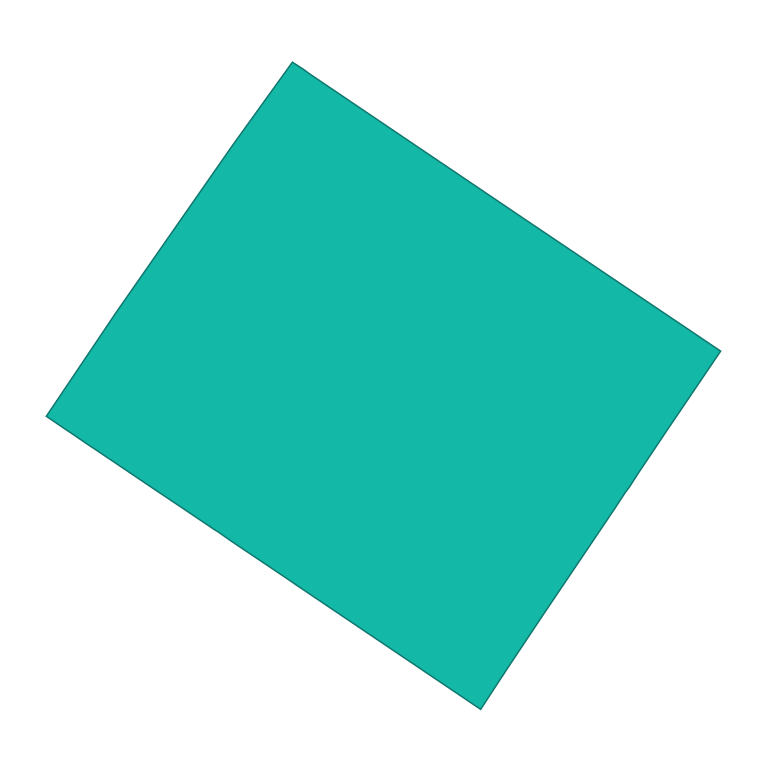 outline of Harding, South Dakota, United States of America, rotated 214°
{"feature_id": "52423323B85259623933705", "entity_name": "Harding", "entity_type": "district", "adm_level": 2, "iso_a3": "USA", "parent_name": "United States of America", "parent_adm1": "South Dakota", "projection": "robinson", "projection_center": [-103.51, 45.579], "detail": "fine", "context": "isolated", "style": "filled", "palette": "teal", "viewbox_px": 768, "rotation_deg": 214, "n_neighbors": 0, "source": "geoboundaries", "source_scale": "gbopen_adm2", "svg_char_len": 735}
<svg xmlns="http://www.w3.org/2000/svg" viewBox="0 0 768 768"><g transform="rotate(214 384 384)"><path d="M620.4,168.3L606.0,168.3L595.7,168.2L581.1,168.3L571.9,168.3L551.5,168.3L541.8,168.3L518.4,168.3L514.7,168.3L483.5,168.4L443.1,168.4L440.1,168.6L423.1,168.3L419.9,168.3L413.0,168.3L411.9,168.3L353.1,168.4L344.3,168.3L304.6,168.3L300.9,168.3L121.9,168.3L122.5,205.6L122.5,211.4L122.6,213.6L123.0,283.3L123.0,396.4L123.1,400.6L123.0,407.4L123.3,428.5L123.2,430.5L122.9,435.9L123.3,452.4L123.4,493.2L123.5,504.6L123.4,521.5L123.4,527.1L123.3,599.5L351.1,599.3L619.2,599.5L625.3,599.8L639.9,599.6L643.0,497.4L646.1,293.4L645.9,168.4L623.2,168.3L620.6,168.3L620.4,168.3Z" fill="#14b8a6" stroke="#0f766e" stroke-width="1.5"/></g></svg>